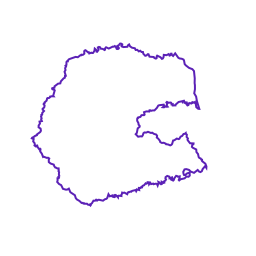 Goiatins, Tocantins, Brazil (Albers equal-area conic projection), rotated 111°
{"feature_id": "56859067B69520863408764", "entity_name": "Goiatins", "entity_type": "district", "adm_level": 2, "iso_a3": "BRA", "parent_name": "Brazil", "parent_adm1": "Tocantins", "projection": "albers", "projection_center": [-47.51, -8.02], "detail": "fine", "context": "isolated", "style": "outline", "palette": "violet", "viewbox_px": 256, "rotation_deg": 111, "n_neighbors": 0, "source": "geoboundaries", "source_scale": "gbopen_adm2", "svg_char_len": 5805}
<svg xmlns="http://www.w3.org/2000/svg" viewBox="0 0 256 256"><g transform="rotate(111 128 128)"><path d="M84.6,68.3L78.2,73.3L74.2,75.7L71.9,78.6L67.8,79.4L64.0,80.9L62.2,81.9L57.7,83.5L51.2,86.8L50.0,89.0L50.0,92.6L48.8,96.5L48.0,98.0L44.9,99.9L44.2,100.7L44.1,102.6L44.6,104.9L44.4,106.2L41.4,110.7L44.6,111.7L44.0,113.3L43.0,114.0L43.2,114.5L45.0,114.6L45.5,115.2L44.4,116.5L46.2,118.1L46.9,120.8L49.2,120.2L50.6,120.4L51.3,121.1L50.3,123.0L50.0,126.7L50.8,126.9L52.4,126.3L53.0,126.6L53.3,127.2L53.1,128.7L52.5,129.4L53.7,133.5L51.8,135.3L52.0,136.0L53.6,136.7L54.4,137.8L53.2,140.3L51.7,141.3L52.2,142.6L51.5,144.3L52.6,145.3L51.7,147.4L52.4,148.8L51.1,150.2L51.6,153.1L51.0,155.4L49.6,156.9L50.7,157.6L52.4,157.7L54.1,161.3L54.1,163.2L53.5,163.7L52.4,163.1L51.9,163.4L51.7,164.9L52.1,165.7L54.1,166.3L55.1,167.3L55.8,166.8L56.4,165.4L57.0,165.1L57.9,165.7L58.2,166.9L56.8,168.3L56.2,169.7L57.2,170.4L57.4,171.3L60.7,174.4L60.5,177.4L62.1,178.0L63.1,177.5L63.6,177.8L63.2,179.9L63.7,181.8L62.6,183.1L62.7,184.2L63.6,185.0L65.5,183.5L67.9,184.1L68.0,184.7L66.8,185.3L66.3,186.0L65.8,187.5L68.0,187.0L70.4,187.5L70.9,188.4L70.8,189.2L72.3,190.9L71.3,191.8L71.7,192.4L70.6,195.5L71.2,196.2L72.0,196.4L74.2,195.4L75.4,196.0L76.0,196.5L76.2,197.7L76.9,197.8L77.1,198.5L79.9,200.2L80.4,202.4L84.3,207.0L85.2,207.9L86.6,208.3L87.2,208.1L87.3,208.7L88.5,209.1L91.1,208.1L92.1,208.6L92.3,208.0L92.9,207.8L93.7,208.2L95.0,208.0L96.3,207.1L98.2,207.4L101.5,204.8L101.9,205.5L103.7,205.0L104.7,205.9L108.5,207.4L110.6,207.2L111.7,209.2L115.4,211.5L116.7,211.1L118.0,213.0L118.6,212.9L118.9,212.4L118.8,210.4L119.1,209.9L124.7,209.4L125.1,208.8L125.9,211.1L126.5,211.4L126.7,212.0L127.3,211.9L128.4,212.6L128.9,213.9L129.5,214.1L131.6,213.8L133.9,215.0L134.4,214.7L135.4,215.4L136.2,215.2L136.7,214.0L137.5,213.8L138.9,213.6L140.6,214.6L141.4,214.3L142.2,212.5L144.7,213.5L145.8,213.0L146.9,213.6L147.3,213.1L148.5,213.3L149.9,212.1L150.9,212.3L152.4,210.9L153.7,212.9L155.4,211.8L157.7,212.3L159.4,211.7L159.9,209.4L161.8,208.3L163.2,208.5L166.8,210.8L167.4,210.5L169.1,212.3L169.6,212.3L171.4,214.0L172.1,214.1L172.1,212.1L174.5,211.7L175.6,209.8L177.1,208.9L177.8,209.0L178.3,207.4L178.0,206.7L177.2,207.0L176.9,206.5L178.2,205.5L179.5,203.5L179.8,203.0L178.9,202.6L179.1,202.1L181.3,201.6L182.9,199.2L185.5,196.9L185.0,196.4L185.0,193.1L184.4,192.0L184.7,190.6L186.1,190.6L188.2,189.7L188.9,187.6L188.8,184.2L190.2,183.0L191.0,181.6L190.8,180.9L191.1,179.5L190.6,178.3L192.5,177.4L193.1,177.5L193.9,176.5L195.9,176.0L197.3,175.0L198.4,175.5L199.1,174.6L199.7,174.7L200.2,175.8L202.3,174.9L203.7,174.8L205.0,172.3L205.3,169.9L208.1,166.9L207.8,163.8L207.2,162.6L205.8,161.5L208.6,158.8L209.8,153.5L212.1,151.7L213.0,150.2L213.5,147.2L214.6,144.5L214.1,143.4L214.5,142.6L214.0,142.1L214.3,141.5L213.4,139.1L213.9,138.1L213.7,136.6L213.2,136.3L213.8,135.3L213.1,135.1L212.4,135.5L211.2,134.7L208.2,134.2L207.8,132.8L206.4,132.1L206.9,130.9L205.8,130.2L205.4,129.4L204.8,125.3L202.9,124.1L201.8,122.7L200.6,122.3L196.8,122.5L198.3,120.5L196.7,118.6L197.5,118.3L197.6,117.6L197.0,117.1L197.5,116.6L197.4,115.9L197.0,115.6L195.6,116.6L195.1,116.1L195.0,115.3L196.3,112.6L195.1,113.1L194.5,112.4L193.9,109.9L193.2,110.4L192.7,110.0L190.4,110.3L190.4,109.4L189.6,108.2L190.1,105.0L188.3,105.0L187.6,104.5L187.5,103.9L186.4,102.9L186.3,102.1L185.3,101.7L183.2,98.7L184.1,97.7L183.2,97.6L182.8,98.1L182.1,97.9L181.9,95.3L180.0,96.3L179.5,94.7L178.4,94.5L178.3,93.6L176.8,93.7L175.7,92.5L173.3,91.7L173.4,90.8L172.5,90.1L171.6,90.3L171.2,89.0L173.0,88.1L171.2,87.5L172.1,86.3L170.9,84.6L171.3,84.0L170.2,82.4L169.6,80.6L170.3,80.5L171.1,79.7L169.4,79.8L168.6,79.2L167.5,80.1L167.6,78.9L168.2,78.5L168.7,77.0L168.2,76.4L166.2,77.2L166.6,75.2L166.0,74.5L165.0,75.3L163.6,74.2L162.3,74.1L161.9,74.9L160.4,75.3L158.7,74.2L158.6,72.0L160.1,71.2L158.3,69.2L159.4,68.5L160.2,69.5L160.7,69.3L160.9,67.0L160.0,66.6L158.2,66.7L155.4,65.9L155.3,64.6L155.6,64.0L154.6,62.4L155.9,62.0L158.3,62.0L158.6,61.4L157.0,60.5L154.7,57.1L152.4,56.1L151.8,54.0L150.3,53.3L148.0,54.3L147.9,55.0L149.4,56.7L151.4,57.8L151.8,58.8L150.9,59.7L149.2,60.7L146.4,60.4L145.5,58.9L145.3,56.8L145.3,55.8L146.2,54.0L146.2,50.3L142.2,47.9L143.2,46.1L143.2,44.6L141.9,43.6L139.6,43.6L135.9,42.3L137.1,40.6L135.8,41.0L133.6,43.0L132.4,46.9L131.1,47.5L131.3,48.1L130.4,49.2L130.4,50.6L129.8,51.6L127.2,53.3L125.9,55.5L123.6,56.6L123.2,60.5L122.7,61.6L120.9,61.9L119.6,61.1L118.9,61.3L120.0,64.6L118.0,67.9L117.5,68.3L116.3,68.3L115.3,70.1L113.1,70.7L112.7,71.9L112.0,72.3L113.1,72.9L113.7,74.0L116.0,74.6L117.2,75.8L119.7,76.2L120.2,76.7L120.4,78.7L122.8,80.3L123.5,81.4L127.0,81.1L128.2,81.5L129.1,82.4L129.0,84.6L129.5,86.7L129.1,87.1L129.0,89.4L129.8,91.0L129.6,92.8L128.4,93.8L127.0,96.2L126.6,97.7L124.9,98.0L124.0,99.3L124.2,101.6L123.7,103.8L124.4,104.7L124.4,108.0L125.7,109.3L126.3,111.1L127.3,111.7L129.7,111.6L130.9,112.0L131.3,113.4L132.5,115.4L131.0,118.6L129.4,118.0L124.9,118.8L122.8,117.6L122.2,117.7L121.7,118.0L121.1,119.3L119.6,120.1L118.0,122.0L116.1,122.7L114.9,122.6L114.8,122.0L114.2,121.9L113.2,120.4L111.2,120.0L110.2,117.6L109.6,117.3L107.5,118.7L105.9,116.8L105.0,114.1L103.8,114.3L103.5,113.8L103.7,112.6L102.9,111.6L102.1,109.6L98.8,108.2L96.3,107.8L95.6,107.1L93.4,103.0L94.4,102.1L96.1,102.9L95.8,101.8L94.1,100.3L94.3,99.4L93.9,98.7L93.0,100.1L91.3,100.1L90.4,101.3L89.7,101.0L89.9,99.2L88.9,97.2L89.1,96.6L90.4,95.8L89.7,94.8L90.9,94.3L90.6,93.5L89.9,91.8L89.3,92.0L85.6,90.1L83.5,86.9L84.1,86.4L82.8,86.0L82.5,85.5L83.7,84.6L83.4,83.5L84.2,83.8L84.2,83.0L83.3,82.2L84.6,81.2L84.9,81.7L85.6,80.6L85.0,79.9L83.8,80.4L83.3,80.2L83.2,79.5L82.5,79.2L82.5,77.7L81.8,77.1L81.0,77.3L80.6,76.8L80.8,75.5L79.7,74.8L80.7,74.0L80.3,73.0L81.9,73.0L84.1,71.7L84.9,69.3L84.6,68.3Z" fill="none" stroke="#5b21b6" stroke-width="2"/></g></svg>